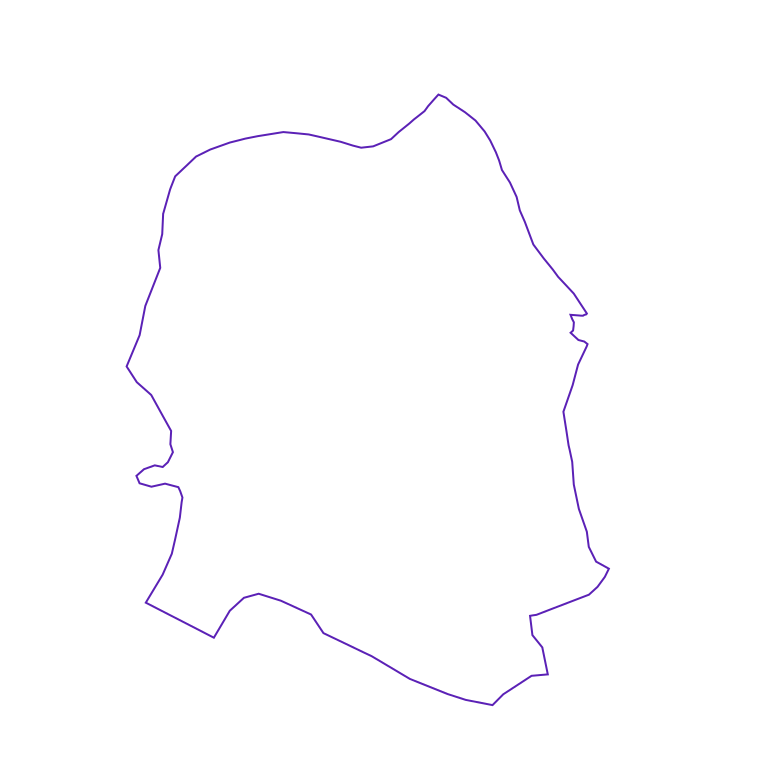 Kaltungo, Gombe, Nigeria, rotated 191°
{"feature_id": "59680162B43215766185997", "entity_name": "Kaltungo", "entity_type": "district", "adm_level": 2, "iso_a3": "NGA", "parent_name": "Nigeria", "parent_adm1": "Gombe", "projection": "orthographic", "projection_center": [11.405, 9.843], "detail": "fine", "context": "isolated", "style": "outline", "palette": "violet", "viewbox_px": 768, "rotation_deg": 191, "n_neighbors": 0, "source": "geoboundaries", "source_scale": "gbopen_adm2", "svg_char_len": 1878}
<svg xmlns="http://www.w3.org/2000/svg" viewBox="0 0 768 768"><g transform="rotate(191 384 384)"><path d="M385.8,678.5L389.3,672.7L393.7,665.2L396.3,659.6L405.2,649.3L408.8,644.6L417.6,634.2L423.8,625.7L440.0,615.2L451.5,611.6L460.1,612.1L472.7,613.5L495.7,614.3L505.5,614.6L518.2,613.4L530.9,612.1L555.2,603.2L567.0,598.4L571.6,596.2L581.4,591.6L599.3,581.0L611.9,571.4L617.0,564.2L628.6,548.0L630.7,536.5L631.1,534.1L633.2,509.5L633.3,509.1L630.3,488.8L631.0,472.4L625.8,455.3L633.2,415.1L633.2,385.3L639.9,352.6L640.0,352.1L627.0,338.6L610.4,328.8L595.1,310.5L584.0,297.3L582.2,284.1L578.2,276.8L581.2,266.0L585.4,260.3L593.5,260.4L603.3,254.6L609.5,246.6L605.0,239.9L592.7,238.8L579.9,244.4L572.4,243.9L566.2,243.5L563.6,239.9L560.2,234.1L560.1,229.5L558.9,213.8L559.4,191.6L559.9,176.9L564.9,154.6L576.1,123.9L502.6,102.5L492.1,132.0L480.7,147.4L467.0,154.2L443.9,151.6L411.6,143.8L395.9,127.9L352.6,116.6L344.3,114.5L302.2,99.4L262.5,91.8L243.4,89.5L216.2,89.5L207.7,102.2L183.5,125.7L167.8,130.2L177.8,154.3L178.3,155.6L190.4,165.8L196.4,184.3L194.0,185.2L190.3,186.5L175.0,196.1L143.9,215.5L142.7,216.2L141.8,217.4L135.7,225.6L130.4,236.8L128.0,245.6L141.9,250.1L151.9,263.2L156.7,277.7L168.9,298.6L178.5,321.5L184.4,343.5L189.5,355.5L189.7,355.9L191.1,359.0L195.6,371.7L202.6,391.0L198.6,418.8L197.2,440.1L192.2,459.6L191.8,462.0L195.5,463.9L201.6,464.3L201.9,464.5L210.6,469.9L208.6,472.6L208.9,476.9L209.4,480.8L211.7,483.7L214.1,487.5L209.8,488.0L206.3,488.4L203.5,488.7L202.9,488.8L201.7,489.0L200.6,490.0L198.7,491.0L198.3,491.9L215.0,509.0L233.5,522.4L240.2,528.6L251.1,537.7L264.0,549.4L276.3,569.4L276.6,569.9L283.8,580.3L289.5,592.9L298.8,605.8L309.1,616.6L309.7,617.8L313.2,624.5L313.8,625.6L318.5,633.0L318.9,633.5L326.2,643.3L333.4,651.1L344.5,660.1L356.5,666.3L369.3,671.5L377.6,676.8L385.8,678.5Z" fill="none" stroke="#5b21b6" stroke-width="2"/></g></svg>